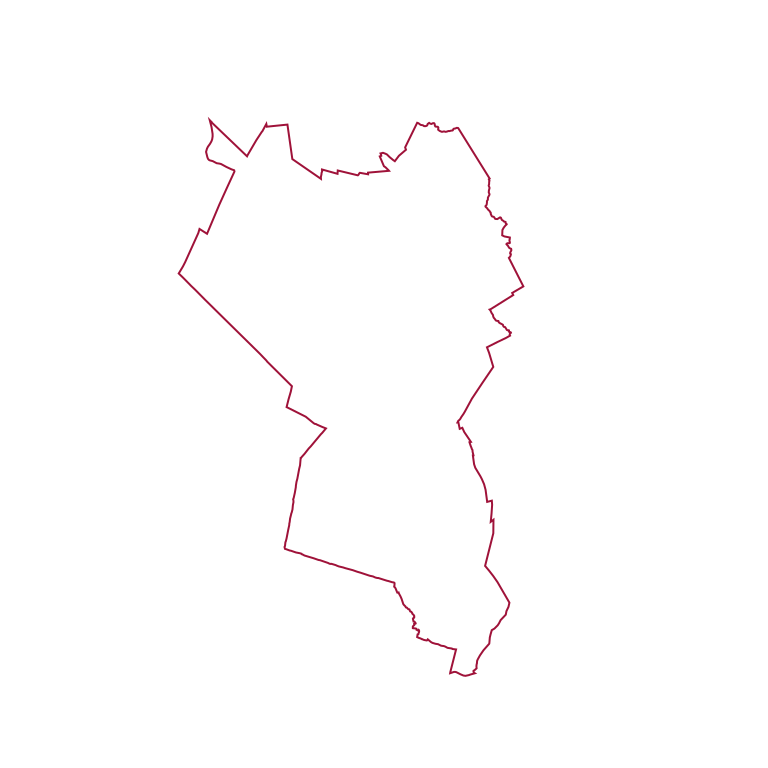 the district of Costeiu, Timis, Romania, rotated 73°
{"feature_id": "2599482B27087775210367", "entity_name": "Costeiu", "entity_type": "district", "adm_level": 2, "iso_a3": "ROU", "parent_name": "Romania", "parent_adm1": "Timis", "projection": "robinson", "projection_center": [21.905, 45.75], "detail": "fine", "context": "isolated", "style": "outline", "palette": "rose", "viewbox_px": 768, "rotation_deg": 73, "n_neighbors": 0, "source": "geoboundaries", "source_scale": "gbopen_adm2", "svg_char_len": 6145}
<svg xmlns="http://www.w3.org/2000/svg" viewBox="0 0 768 768"><g transform="rotate(73 384 384)"><path d="M218.3,548.0L223.5,545.1L234.1,539.6L238.7,537.0L251.3,530.4L318.9,493.8L322.5,492.0L327.0,489.7L328.6,489.1L359.2,472.7L364.1,475.4L370.8,479.8L377.6,483.9L392.4,468.4L401.1,462.6L402.0,461.7L402.3,460.9L403.4,459.8L407.2,455.4L409.5,452.5L412.7,457.4L413.6,459.1L422.3,472.4L423.7,474.9L427.6,480.5L429.9,484.3L430.7,485.2L430.6,485.4L437.3,488.1L440.3,489.9L449.3,494.6L452.0,496.3L455.5,498.0L456.9,498.5L462.2,501.2L466.6,503.7L467.7,504.6L468.5,504.6L470.5,505.1L473.1,506.5L477.2,508.2L480.0,509.9L480.8,510.6L481.3,510.8L485.3,513.2L488.3,514.5L490.1,515.5L491.1,515.8L495.4,518.2L503.3,522.4L505.9,524.0L506.4,524.5L509.9,526.0L510.8,526.8L512.7,526.9L513.2,526.1L515.7,522.8L516.2,521.8L519.4,517.4L521.2,514.0L522.2,512.5L522.6,512.5L523.1,512.0L523.5,511.4L524.7,510.3L530.1,502.2L533.1,498.1L533.8,496.7L538.8,489.8L539.9,488.7L540.4,487.8L540.5,487.1L540.9,486.4L543.1,483.1L543.7,482.5L545.2,480.6L547.5,476.7L548.9,474.7L552.9,468.3L555.7,464.5L557.6,461.6L563.2,453.7L564.8,450.8L566.5,448.9L567.6,447.1L567.9,446.1L573.0,438.7L573.6,437.6L575.9,434.2L576.6,432.8L577.1,432.2L577.8,432.2L579.7,432.9L580.4,433.4L580.9,433.5L581.2,433.2L582.7,432.7L587.4,432.3L587.6,431.9L587.6,431.0L588.6,431.0L592.1,430.3L594.7,430.0L600.1,429.9L601.4,429.4L602.8,428.6L604.0,428.4L604.6,427.5L606.1,426.8L606.5,426.5L606.8,425.8L607.0,425.6L608.8,425.5L609.3,425.3L609.8,424.5L611.3,424.0L611.6,424.1L612.1,424.0L613.7,423.1L614.8,422.9L615.1,423.2L616.0,423.3L616.3,423.5L616.3,424.2L617.0,425.0L619.8,425.2L619.9,424.9L620.3,424.3L621.5,423.8L622.2,423.7L622.4,423.9L622.4,424.2L622.2,425.3L623.4,425.6L624.0,426.9L624.5,427.4L625.9,427.8L626.1,427.5L626.8,425.7L627.5,424.6L627.9,424.5L628.5,424.7L628.7,424.4L629.1,424.2L629.7,423.6L629.8,423.4L629.3,422.7L629.5,422.6L630.5,422.6L631.6,423.1L632.6,423.9L633.3,424.3L633.3,425.1L635.7,426.3L637.0,424.9L638.1,423.3L639.1,422.4L639.2,422.0L640.1,421.1L640.9,419.8L641.8,418.0L641.7,417.6L641.0,416.8L644.4,414.6L645.7,413.4L647.5,410.7L648.6,408.4L650.9,406.0L651.6,404.6L651.9,403.8L652.4,403.0L653.2,402.0L654.5,400.8L655.0,400.2L656.8,396.4L657.4,396.1L658.9,392.7L678.7,404.7L679.9,405.3L679.8,401.2L680.1,400.2L680.7,399.1L684.0,395.7L686.0,393.3L686.9,391.4L687.2,387.9L687.1,386.4L687.2,381.7L686.5,382.3L685.7,382.5L684.7,382.4L684.4,382.2L684.2,381.2L683.0,378.6L680.8,378.1L679.0,377.3L678.5,376.9L676.0,375.9L674.8,374.9L671.6,371.6L667.7,366.7L663.2,359.4L662.8,359.1L657.3,356.9L654.6,355.3L650.9,352.9L650.2,349.9L648.0,345.8L646.5,344.0L643.9,341.5L640.2,335.0L637.0,333.3L633.5,330.1L629.8,328.0L606.6,333.4L599.5,335.7L593.2,338.1L587.5,340.5L558.7,323.1L545.8,319.0L547.0,322.2L539.5,319.1L531.1,315.9L527.1,315.0L526.9,319.8L514.9,317.8L509.1,317.6L503.7,318.2L500.4,318.8L490.8,321.2L487.1,321.3L478.3,319.9L478.4,319.3L474.8,319.1L473.0,318.7L471.8,319.0L470.7,319.0L468.5,319.2L464.7,319.3L464.8,317.8L453.4,321.3L448.8,321.9L449.0,324.7L442.6,324.1L442.3,325.0L440.9,323.7L440.4,322.4L439.7,321.3L438.1,319.6L436.0,316.9L434.1,314.8L423.7,304.2L411.4,289.2L399.6,274.5L385.0,274.4L379.0,274.8L377.0,263.1L375.6,253.8L374.6,249.3L373.8,249.4L373.3,249.3L372.7,248.8L372.1,247.6L371.8,247.6L371.4,247.9L371.0,248.9L370.6,249.1L370.2,249.1L369.3,248.8L369.0,249.1L368.9,249.9L368.2,250.7L365.1,251.5L364.3,252.7L363.4,253.0L362.1,253.0L360.9,254.1L360.0,255.1L358.6,256.2L357.2,256.2L356.6,257.6L355.9,258.5L354.5,258.9L352.6,259.7L351.3,259.8L349.9,259.6L347.3,260.4L344.9,260.7L343.7,261.2L343.7,260.4L336.7,234.4L334.4,234.8L331.4,222.2L299.9,227.7L299.3,226.6L298.7,225.8L298.0,225.3L297.0,224.7L296.7,225.0L296.1,225.2L295.7,225.1L295.0,224.7L293.5,223.2L292.4,222.9L291.9,222.9L290.7,224.3L289.6,224.7L288.2,225.0L287.5,225.4L286.0,226.0L285.6,225.4L285.5,224.7L286.0,222.9L286.0,222.6L285.3,222.2L283.5,222.1L282.9,221.9L282.3,221.4L280.7,220.8L278.1,225.7L276.4,227.5L271.3,225.7L269.4,223.7L267.9,221.5L267.2,220.0L266.8,220.0L266.2,220.5L265.7,220.6L264.6,220.4L264.2,220.9L263.8,221.7L262.8,222.2L261.7,223.2L261.1,223.4L259.2,223.6L258.8,223.9L258.6,224.4L259.4,227.4L258.9,228.8L258.4,229.5L257.0,229.8L256.2,230.2L255.4,231.6L254.8,231.9L252.4,232.2L251.8,231.9L251.1,231.9L250.4,232.3L249.3,232.5L248.2,233.2L247.1,233.7L246.2,233.9L244.3,235.0L243.6,235.0L242.9,233.8L242.5,233.4L240.6,232.5L239.2,232.1L238.1,230.8L236.1,230.1L233.8,227.8L233.2,227.6L231.4,227.8L229.6,227.1L227.5,225.8L226.7,225.7L225.4,225.9L224.6,225.8L223.9,225.2L222.6,224.7L221.3,224.3L220.5,223.7L219.7,223.9L218.9,223.9L218.5,222.9L161.0,238.2L160.7,238.5L160.3,239.7L160.5,240.9L160.3,242.7L160.7,243.4L161.4,243.9L161.6,244.3L161.3,245.9L161.3,247.4L160.9,248.5L161.0,250.1L160.9,251.0L160.8,251.5L160.0,252.7L159.9,253.9L159.8,254.8L159.5,255.3L158.3,256.7L156.8,257.8L156.3,257.8L154.9,257.1L154.1,257.2L153.8,257.4L153.4,258.1L153.1,259.1L152.7,259.6L151.8,259.8L150.7,259.6L149.7,259.6L149.3,259.8L149.1,260.1L148.9,261.2L149.2,262.5L149.1,262.8L148.5,263.7L147.5,264.5L148.1,266.2L149.1,266.9L149.5,267.5L149.6,268.7L149.2,270.1L149.1,270.3L148.2,270.9L147.6,271.8L147.2,272.7L146.8,273.3L144.7,274.8L143.9,275.9L163.9,294.6L166.4,294.5L170.1,303.0L174.1,308.5L172.3,309.9L168.8,312.2L165.3,314.1L164.2,315.3L162.6,317.4L162.5,319.9L163.8,319.7L165.0,319.9L165.1,321.5L175.7,320.4L177.2,319.2L180.9,317.2L181.6,316.9L177.2,337.5L178.8,337.9L175.0,345.3L175.3,346.0L176.5,347.3L176.8,348.0L166.3,365.8L169.4,367.0L160.7,380.6L161.2,380.8L162.3,380.8L163.9,382.0L165.2,382.5L167.7,383.9L169.4,384.3L142.1,405.9L107.7,400.5L103.8,420.2L103.7,420.8L100.9,420.5L106.8,426.5L107.1,427.1L113.5,434.8L125.2,447.5L126.2,448.4L83.7,472.2L83.2,472.2L82.2,472.8L80.8,473.5L87.8,473.8L94.7,474.8L97.1,475.5L99.8,476.8L101.5,478.1L103.4,480.1L105.6,483.0L107.2,484.5L110.0,486.3L115.3,486.6L117.1,486.5L118.5,485.9L119.2,485.2L120.8,482.6L123.9,479.5L125.2,476.8L126.0,475.5L130.3,471.3L134.1,467.1L135.8,464.8L137.1,464.9L150.2,476.6L164.5,489.2L188.6,509.3L181.8,515.1L185.3,517.4L209.3,538.5L212.8,541.9L218.3,548.0Z" fill="none" stroke="#9f1239" stroke-width="2"/></g></svg>